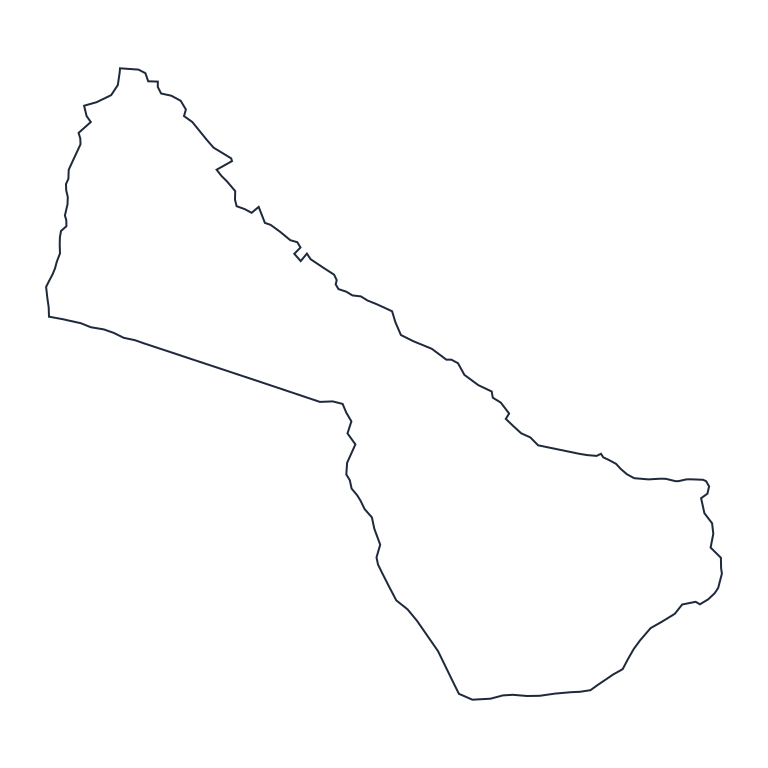 the district of Neo Chorio Pafou, Paphos, Cyprus
{"feature_id": "46923920B91112583307672", "entity_name": "Neo Chorio Pafou", "entity_type": "district", "adm_level": 2, "iso_a3": "CYP", "parent_name": "Cyprus", "parent_adm1": "Paphos", "projection": "robinson", "projection_center": [32.33, 35.056], "detail": "fine", "context": "isolated", "style": "outline", "palette": "slate", "viewbox_px": 768, "rotation_deg": 0, "n_neighbors": 0, "source": "geoboundaries", "source_scale": "gbopen_adm2", "svg_char_len": 2375}
<svg xmlns="http://www.w3.org/2000/svg" viewBox="0 0 768 768"><path d="M706.1,481.2L703.1,479.8L696.2,479.5L690.3,479.3L686.3,479.4L678.7,481.1L675.7,481.2L665.7,478.8L660.3,478.7L648.4,479.4L641.6,478.8L634.2,478.2L627.0,474.3L621.1,469.3L616.0,463.8L608.3,459.7L603.3,457.4L601.0,453.8L596.6,455.9L587.3,455.1L579.8,453.9L556.5,449.1L538.1,445.3L530.3,437.4L521.2,433.3L513.2,426.0L505.8,418.9L509.1,413.5L500.8,402.6L492.8,397.7L491.7,391.5L478.4,385.2L464.4,374.9L458.0,363.2L451.4,359.7L446.4,359.7L431.8,348.8L413.3,341.2L400.9,335.0L395.4,322.2L392.1,311.3L377.4,304.5L367.5,300.5L360.9,296.4L352.4,295.4L346.3,291.7L338.5,289.1L335.7,284.4L336.7,280.1L334.1,274.7L323.3,267.7L310.6,259.2L306.9,253.6L300.7,261.1L294.3,253.8L300.5,247.5L297.3,242.2L290.3,240.2L280.0,231.7L270.5,224.8L264.9,222.9L258.7,206.9L251.6,212.8L244.7,209.1L236.6,206.2L235.0,199.7L235.2,191.1L226.9,181.3L221.6,176.1L216.6,169.7L232.0,161.1L231.2,158.4L213.5,147.6L206.4,139.4L192.3,122.0L184.0,116.1L185.9,109.5L180.7,100.8L171.3,95.7L161.1,93.5L157.8,87.0L157.8,81.6L148.2,81.3L145.4,73.2L138.5,69.6L120.0,68.3L119.7,72.3L117.8,85.1L111.2,95.1L96.6,102.2L84.1,105.7L86.6,116.1L90.8,122.0L78.6,132.9L80.3,138.6L80.5,144.3L71.4,163.9L68.7,169.8L68.4,178.8L66.0,184.0L66.2,190.3L67.8,197.2L67.5,204.4L64.9,215.5L66.3,220.1L66.4,226.2L61.0,231.0L59.9,237.4L59.7,244.7L60.0,253.4L56.8,261.7L55.0,268.4L52.6,274.3L49.1,280.9L46.1,286.9L47.3,297.6L48.7,307.4L49.0,316.7L49.6,316.8L61.7,319.0L80.8,323.2L90.7,327.2L103.8,329.4L113.8,332.9L123.7,337.8L135.0,340.2L143.5,343.2L262.4,382.6L319.9,401.9L332.7,401.4L342.6,403.9L346.3,412.7L351.4,421.4L347.5,433.4L355.4,444.4L347.1,462.8L346.3,474.5L349.8,480.2L351.6,488.6L357.2,495.3L360.6,500.8L364.6,509.1L371.9,517.4L374.3,528.7L380.2,544.7L376.5,557.4L378.0,564.5L382.1,572.9L388.7,585.9L396.3,600.4L407.6,609.4L417.0,620.8L438.0,651.1L453.7,683.3L458.9,693.8L472.4,699.7L490.5,698.7L502.9,695.4L512.8,694.8L527.0,696.0L539.7,695.8L555.0,693.6L570.9,692.2L579.9,691.8L590.4,690.2L597.8,684.9L613.3,674.4L622.7,669.1L627.9,659.2L633.8,648.9L640.2,640.2L650.6,628.1L661.9,621.7L674.8,613.8L682.2,604.5L695.7,601.8L699.9,604.3L708.1,599.4L714.7,593.2L718.2,587.9L721.9,573.6L721.1,568.1L720.9,557.8L710.6,547.6L713.3,533.8L712.1,523.3L704.4,513.2L701.1,498.2L707.4,493.7L709.1,486.4L706.1,481.2Z" fill="none" stroke="#1e293b" stroke-width="2"/></svg>